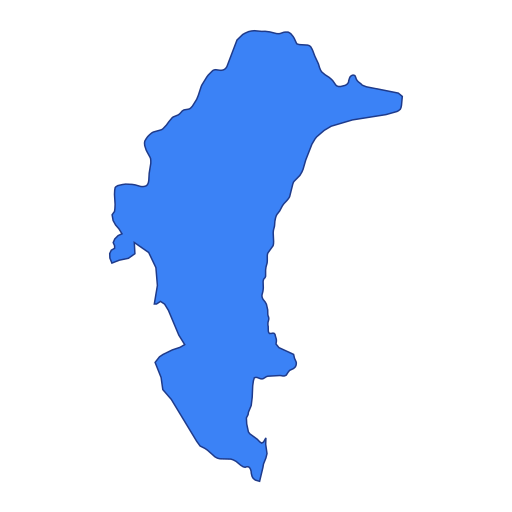 SVG path tracing the border of Yasothon
{"feature_id": "THA-428", "entity_name": "Yasothon", "entity_type": "Province", "adm_level": 1, "iso_a3": "THA", "parent_name": "Thailand", "parent_adm1": "", "projection": "natural_earth1", "projection_center": [104.368, 15.815], "detail": "fine", "context": "isolated", "style": "filled", "palette": "blue", "viewbox_px": 512, "rotation_deg": 0, "n_neighbors": 0, "source": "natural_earth", "source_scale": "10m", "svg_char_len": 3896}
<svg xmlns="http://www.w3.org/2000/svg" viewBox="0 0 512 512"><path d="M245.2,467.3L243.2,466.8L240.8,465.3L236.1,461.4L233.3,459.9L230.9,459.1L220.0,458.8L218.7,458.5L217.3,458.1L214.9,456.8L207.4,450.1L204.9,448.4L200.1,446.0L196.7,441.3L171.3,399.4L162.8,389.6L161.1,377.5L155.1,362.4L159.5,356.8L163.1,354.4L172.3,349.9L180.1,347.3L184.7,344.6L178.8,335.1L168.4,310.3L164.6,304.1L160.5,301.4L156.5,304.0L154.3,304.0L157.4,285.5L155.9,267.6L148.7,252.5L134.3,242.5L134.9,253.7L128.4,258.3L119.2,260.2L111.9,263.1L109.9,258.1L109.7,253.6L111.3,250.2L114.6,248.3L114.6,245.7L113.2,242.6L114.8,238.9L118.1,235.6L122.0,233.8L118.9,228.8L115.6,225.0L113.1,220.5L112.1,214.8L113.8,212.4L114.5,211.5L114.9,208.7L115.1,204.5L114.5,194.4L114.7,190.2L115.2,187.5L116.0,186.7L117.8,185.6L122.6,184.5L125.7,184.1L132.2,184.4L135.2,184.9L140.8,186.5L142.4,186.6L143.8,186.5L145.2,186.2L146.4,185.7L147.3,184.8L147.9,183.8L148.4,182.5L148.8,180.2L149.2,173.2L150.8,163.3L150.8,160.8L150.6,158.7L150.1,157.4L147.2,152.1L146.1,149.9L144.7,145.5L144.5,143.0L144.8,141.1L146.2,138.7L147.7,136.6L149.5,134.8L151.5,133.1L152.6,132.4L153.8,131.9L160.6,130.0L161.9,129.5L162.9,128.8L166.5,125.0L167.2,124.0L168.7,121.9L172.2,117.7L173.1,117.0L178.0,115.0L179.1,114.3L180.1,113.4L181.7,111.6L182.2,111.0L184.0,109.9L188.3,109.2L189.6,108.8L190.6,108.1L192.4,106.2L196.7,99.3L198.3,95.4L201.2,86.5L201.8,85.1L206.8,77.0L208.3,75.0L212.3,71.0L213.2,70.3L214.3,69.9L215.7,69.7L220.1,70.3L221.4,70.3L223.0,70.0L224.2,69.5L225.3,68.7L226.1,67.8L226.9,66.6L237.0,40.0L242.7,34.5L245.0,33.2L248.6,31.6L251.4,31.0L254.4,30.7L261.8,31.4L265.1,31.3L269.8,31.9L276.6,33.6L278.3,33.7L279.9,33.6L283.7,32.3L285.1,32.1L288.1,32.1L289.3,32.7L290.8,33.7L293.1,36.5L294.2,38.3L296.7,43.7L297.8,44.2L299.5,44.6L307.6,45.1L309.2,45.6L310.6,46.6L311.9,48.8L312.7,50.5L314.8,56.1L318.4,63.8L319.6,67.8L320.6,70.2L321.7,71.9L325.0,74.7L329.2,77.4L331.2,79.1L332.7,80.6L335.7,84.9L336.6,85.8L338.4,86.5L340.7,86.5L345.4,85.3L347.3,84.0L348.5,82.3L348.7,80.7L349.6,77.9L350.2,76.7L351.2,75.8L352.4,75.2L353.7,75.1L354.9,75.6L355.7,77.3L356.2,78.9L357.1,80.5L358.4,81.9L360.9,83.8L362.3,85.2L366.4,86.8L398.3,93.1L402.3,96.4L401.5,105.2L401.0,107.6L400.3,109.2L398.5,110.7L397.0,111.5L386.0,114.6L352.5,119.9L331.2,126.2L324.3,130.3L316.7,136.8L315.1,138.8L311.9,144.2L305.7,160.1L303.1,169.2L301.9,172.0L299.9,175.4L294.3,181.1L293.5,182.1L292.8,184.0L289.7,196.4L289.3,197.3L288.4,198.7L287.0,200.4L283.9,203.7L282.4,205.8L279.7,210.9L276.9,214.5L276.2,215.9L275.6,217.7L274.9,221.1L274.5,226.1L274.1,227.7L273.7,229.2L273.4,230.5L273.2,232.8L273.6,241.4L273.5,243.9L273.1,245.7L268.2,252.5L267.6,253.6L267.3,255.3L267.3,260.9L267.1,263.0L266.0,267.0L265.6,270.0L265.6,276.3L265.0,277.7L264.1,278.6L263.5,279.6L263.1,281.4L263.3,287.8L263.1,290.0L262.8,291.8L262.1,294.4L261.9,295.8L262.2,297.5L263.0,299.3L265.1,301.9L266.4,304.2L267.7,309.9L267.8,314.6L268.1,315.9L268.6,317.1L268.8,318.4L268.7,319.7L268.0,322.2L267.9,323.6L267.9,325.1L268.2,326.4L268.3,331.2L268.7,332.5L269.5,333.5L271.6,333.4L273.0,333.1L274.2,333.4L275.0,334.4L275.6,336.8L276.1,338.4L276.4,339.9L276.4,341.2L276.0,344.0L278.9,347.6L293.6,354.4L294.5,358.3L296.0,361.6L296.3,362.6L296.3,363.6L296.1,365.1L295.4,366.8L293.6,368.5L289.6,370.4L287.9,372.5L286.3,375.1L284.6,375.9L283.0,376.0L281.5,375.7L280.0,375.5L267.9,376.2L266.5,376.6L263.3,378.6L262.1,378.9L260.7,378.8L256.9,377.4L255.5,377.4L254.3,377.8L253.4,380.8L252.7,385.8L252.2,397.2L251.2,405.5L248.4,412.3L248.1,414.6L246.4,417.9L246.7,423.9L248.4,431.9L249.8,433.8L257.2,439.2L259.7,441.8L261.6,443.1L263.5,442.1L265.9,437.9L265.7,444.3L267.0,453.6L265.9,458.0L263.5,464.0L262.9,467.5L259.6,481.3L255.4,480.1L254.4,479.4L253.0,478.1L252.1,476.5L251.3,473.4L251.1,471.3L250.6,469.5L250.0,468.3L249.2,467.3L248.1,466.7L246.4,466.8L245.2,467.3Z" fill="#3b82f6" stroke="#1e3a8a" stroke-width="1.5"/></svg>